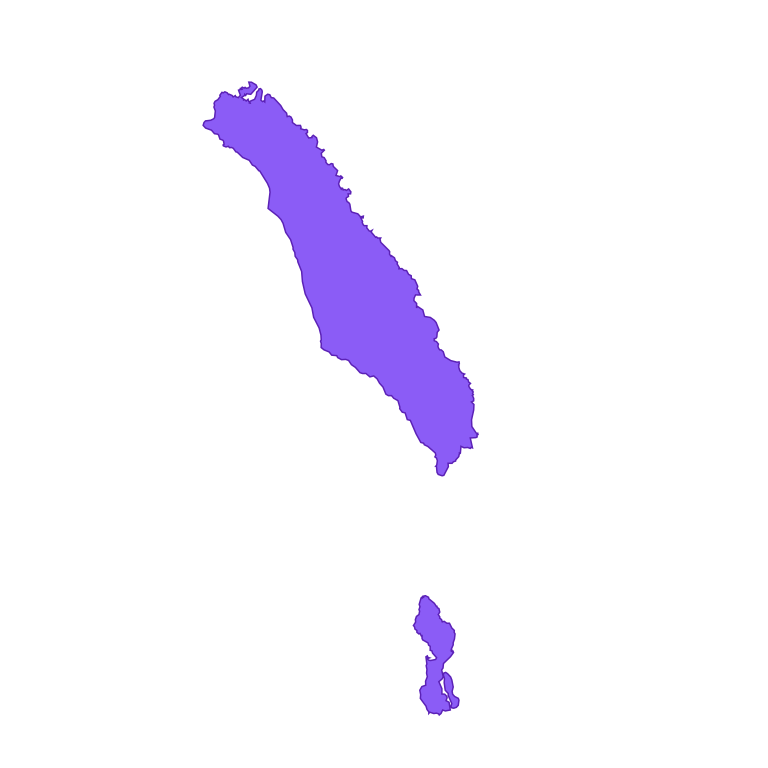 Ranongga-Simbo, Western, Solomon Islands, rotated 340°
{"feature_id": "97153195B5229435776265", "entity_name": "Ranongga-Simbo", "entity_type": "district", "adm_level": 2, "iso_a3": "SLB", "parent_name": "Solomon Islands", "parent_adm1": "Western", "projection": "natural_earth1", "projection_center": [156.559, -8.122], "detail": "fine", "context": "isolated", "style": "filled", "palette": "violet", "viewbox_px": 768, "rotation_deg": 340, "n_neighbors": 0, "source": "geoboundaries", "source_scale": "gbopen_adm2", "svg_char_len": 6085}
<svg xmlns="http://www.w3.org/2000/svg" viewBox="0 0 768 768"><g transform="rotate(340 384 384)"><path d="M465.5,413.0L464.2,411.0L464.4,408.6L463.1,407.4L463.4,406.5L461.0,405.1L461.8,402.6L463.1,402.2L461.0,400.4L459.8,397.4L460.0,393.5L460.7,392.5L460.5,391.6L461.7,390.8L462.1,388.9L460.1,388.5L454.8,384.9L450.4,379.4L450.7,374.0L449.5,371.6L448.1,371.0L447.5,369.2L447.6,366.8L448.8,365.1L447.8,362.1L446.0,360.5L446.7,358.6L448.2,358.9L449.7,357.9L451.7,353.6L454.2,352.1L454.0,344.1L453.1,341.4L450.3,337.3L445.2,334.4L445.8,327.7L441.9,322.4L440.6,323.7L442.2,319.5L440.6,315.9L441.7,313.5L444.1,311.1L448.7,312.8L448.1,309.7L448.5,307.8L447.5,306.0L449.1,303.7L448.6,296.6L445.8,294.4L446.6,291.5L444.6,289.4L444.0,285.1L441.7,284.1L440.3,281.7L437.5,280.8L438.2,279.8L437.4,275.7L438.3,274.2L436.9,272.0L437.0,269.0L434.9,266.0L434.3,266.4L433.6,263.9L434.6,261.5L434.3,260.2L429.4,249.8L429.8,246.5L430.8,245.7L427.9,244.6L427.4,243.3L426.3,243.3L423.9,236.8L425.3,235.5L423.3,235.8L422.4,235.0L421.2,231.4L422.1,229.4L419.5,228.4L418.9,227.1L418.8,224.7L419.5,223.8L419.0,220.0L421.2,220.8L422.0,219.2L419.2,219.0L417.6,215.1L412.7,211.6L412.1,210.0L413.4,203.3L412.9,201.4L411.7,200.0L411.7,197.0L412.4,196.1L414.8,195.6L415.3,193.1L417.6,193.9L418.6,192.1L417.5,188.6L414.8,189.2L413.9,188.0L412.0,187.6L412.1,186.1L411.5,185.5L410.5,186.2L409.7,182.9L409.8,180.4L411.6,178.0L414.0,175.9L415.0,176.4L415.7,175.8L414.6,173.7L413.6,174.1L410.2,171.6L413.4,167.6L410.8,162.2L411.2,159.7L409.8,158.8L407.8,159.3L406.2,158.5L405.2,155.7L405.9,154.4L405.2,150.8L403.3,149.2L404.0,145.7L407.9,143.9L407.6,143.0L405.5,143.0L401.5,138.2L404.4,133.8L404.8,129.5L402.6,126.1L400.9,126.8L400.6,127.8L397.4,127.0L396.4,122.0L398.1,121.5L398.8,119.5L398.1,118.3L396.0,117.9L393.0,115.6L393.9,114.3L393.9,112.4L390.1,111.1L387.4,107.0L388.3,104.5L387.9,101.3L386.6,99.8L384.5,99.6L385.1,96.2L383.0,91.6L382.2,87.0L378.2,77.5L376.0,76.3L375.6,73.1L373.8,71.9L370.6,72.8L368.4,78.1L367.8,76.9L366.5,77.1L365.4,75.2L369.5,67.9L369.8,66.2L369.0,64.2L367.4,64.0L366.7,65.1L364.2,66.2L362.7,69.2L359.8,72.2L355.0,72.5L354.3,72.9L354.3,74.3L353.6,73.9L354.1,73.2L353.5,72.2L353.6,70.0L351.3,70.9L350.3,69.1L349.2,69.1L349.5,68.2L348.0,66.0L351.7,65.2L352.2,64.3L352.7,65.5L354.2,64.3L357.9,66.2L366.3,61.6L366.1,59.2L362.7,55.1L360.2,54.1L359.9,58.3L358.1,59.4L355.7,59.0L354.9,57.7L353.8,58.1L352.3,56.6L351.2,57.2L351.5,58.5L350.6,58.4L350.0,57.3L349.3,58.1L347.8,58.1L347.8,63.5L345.0,65.1L342.8,63.2L342.9,62.2L340.4,62.6L339.9,60.9L337.6,58.7L336.9,58.8L336.3,56.8L334.4,55.0L332.5,55.4L331.5,54.5L328.5,56.5L328.6,57.7L325.1,60.0L321.9,60.6L320.3,62.1L320.1,64.1L318.9,65.6L318.9,69.7L316.0,75.6L314.8,76.5L311.4,76.9L306.2,75.7L304.3,76.7L302.5,79.1L303.9,82.5L308.7,86.5L310.3,90.8L313.2,92.4L313.7,93.4L313.6,97.8L315.9,99.7L316.3,100.9L315.7,104.0L314.5,104.4L314.5,105.3L316.6,107.2L319.0,107.4L319.7,109.1L321.8,109.7L323.0,111.0L324.2,115.2L325.4,116.0L328.7,122.8L333.9,127.7L335.2,133.2L337.4,135.5L339.3,140.8L340.1,141.3L343.1,155.6L343.4,160.8L342.5,164.8L335.1,179.4L341.7,190.0L343.5,194.3L344.1,198.5L343.5,207.9L345.6,216.4L345.3,224.4L344.6,226.3L345.2,229.8L344.2,233.6L345.3,237.6L344.8,239.9L345.1,250.1L342.4,259.8L340.8,272.4L342.3,287.8L340.7,297.3L342.2,309.1L341.5,316.4L340.1,321.1L339.0,322.0L338.9,324.5L337.4,328.2L339.3,331.4L343.4,335.1L344.7,339.0L349.3,341.2L349.5,343.3L352.4,346.6L356.5,347.8L358.8,349.8L360.0,354.7L362.8,358.6L365.4,365.2L367.6,366.9L370.6,367.9L373.2,372.5L377.1,372.9L379.3,376.8L380.1,381.8L382.0,386.5L382.3,394.2L384.1,396.4L387.1,397.5L388.3,400.8L391.4,404.4L391.0,411.2L390.3,412.6L391.5,416.7L394.0,418.4L393.7,425.4L396.3,427.2L397.1,441.7L398.6,451.5L401.0,453.2L401.1,454.9L403.8,457.6L408.6,466.3L408.4,468.5L406.9,469.9L408.0,471.5L407.9,474.3L405.9,478.1L404.7,478.9L405.2,479.0L403.6,485.2L404.0,487.5L407.2,490.1L409.0,490.3L416.2,483.7L417.1,480.4L420.8,481.8L422.7,480.8L424.9,480.9L425.6,479.8L429.4,477.8L430.8,475.5L431.7,475.3L431.5,474.6L432.3,474.7L435.0,468.9L437.4,471.3L441.0,472.3L443.0,474.0L444.1,473.4L445.3,474.3L446.6,464.2L452.0,465.8L453.4,465.6L454.1,463.4L455.1,463.6L455.2,462.4L454.6,462.6L453.8,461.4L452.0,454.0L454.0,447.6L459.4,439.1L461.5,434.0L460.0,430.8L462.5,430.5L463.4,428.1L463.1,424.9L464.3,424.6L464.0,423.1L465.1,422.0L464.5,420.5L465.3,420.0L463.6,418.6L462.9,415.4L463.2,414.2L465.5,413.0ZM365.8,639.6L364.3,636.5L363.7,631.2L361.2,630.3L359.4,627.6L357.4,627.4L357.5,625.0L356.2,623.0L356.8,622.1L356.1,619.2L358.4,617.4L358.8,613.8L357.6,612.4L357.7,610.9L357.1,610.7L356.3,607.3L352.7,601.2L352.9,599.6L350.5,597.1L348.2,596.8L348.4,597.8L346.1,598.4L347.6,597.0L345.7,597.7L341.7,603.1L341.6,605.6L339.7,608.0L339.8,609.6L338.0,612.6L335.0,613.5L332.9,616.1L332.3,618.5L329.0,621.1L329.6,622.3L329.3,625.0L330.6,626.8L330.0,628.6L331.3,630.8L332.5,630.7L332.9,633.5L333.6,633.5L332.7,636.2L332.9,637.8L336.8,642.3L336.6,644.6L337.7,646.3L336.3,650.1L337.7,651.0L337.6,653.5L339.8,659.2L338.3,660.5L333.3,659.8L331.6,658.9L330.6,657.3L330.8,655.7L330.8,656.9L333.0,656.9L331.8,656.0L331.7,654.3L330.1,654.7L328.5,661.8L327.3,663.1L326.7,667.0L325.1,670.2L324.6,673.9L321.4,677.5L320.2,681.3L316.1,681.3L312.9,684.0L312.2,688.5L310.6,691.9L313.3,701.1L313.1,704.6L314.0,707.5L313.5,708.8L314.8,708.1L318.1,710.7L320.6,711.2L322.5,712.6L322.7,713.9L324.9,713.1L327.6,710.4L329.8,712.2L334.8,713.0L336.3,705.3L334.0,702.8L336.0,700.4L336.1,698.9L335.0,696.3L332.4,695.1L334.2,690.1L333.7,682.5L337.8,681.0L339.5,679.4L340.4,672.4L342.3,671.1L344.3,667.0L353.2,663.0L357.5,660.1L357.5,658.9L356.8,659.2L355.9,657.9L356.9,657.9L356.7,656.5L356.1,656.7L359.8,652.8L360.5,650.8L363.0,647.7L365.3,643.1L365.0,641.4L365.8,639.6ZM346.5,685.4L346.4,682.1L344.7,678.0L343.3,676.1L341.3,676.1L340.2,677.9L340.1,681.4L338.4,685.2L336.8,692.7L338.5,696.9L337.8,698.6L338.4,707.4L336.5,710.0L337.0,711.6L338.7,712.5L341.4,712.6L343.9,711.3L346.3,706.7L346.3,704.8L343.5,701.8L342.4,699.0L342.9,696.1L345.4,692.4L346.5,685.4Z" fill="#8b5cf6" stroke="#5b21b6" stroke-width="1.5"/></g></svg>